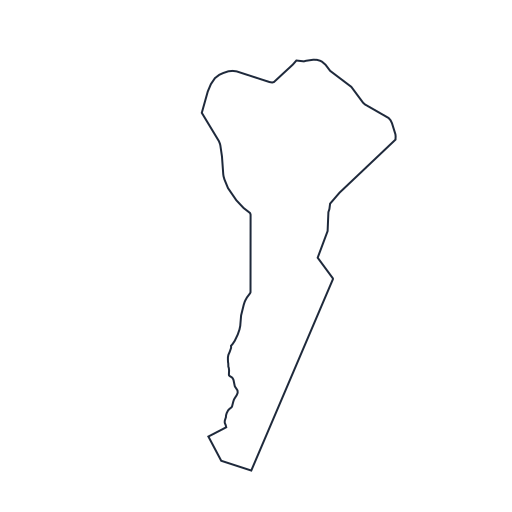 River Nile, Equal Earth projection, rotated 198°
{"feature_id": "SDN-877", "entity_name": "River Nile", "entity_type": "State", "adm_level": 1, "iso_a3": "SDN", "parent_name": "Sudan", "parent_adm1": "", "projection": "equal_earth", "projection_center": [33.548, 18.954], "detail": "fine", "context": "isolated", "style": "outline", "palette": "slate", "viewbox_px": 512, "rotation_deg": 198, "n_neighbors": 0, "source": "natural_earth", "source_scale": "10m", "svg_char_len": 1918}
<svg xmlns="http://www.w3.org/2000/svg" viewBox="0 0 512 512"><g transform="rotate(198 256 256)"><path d="M194.2,50.5L195.2,50.5L200.3,50.5L205.4,50.5L210.5,50.5L215.6,50.5L220.7,50.5L225.8,50.5L245.5,69.6L231.4,83.9L232.2,85.2L233.0,86.4L233.7,87.0L234.0,87.5L234.3,88.0L234.7,89.3L234.8,90.1L234.8,93.1L234.8,93.5L235.2,94.9L235.3,96.0L235.3,96.8L235.3,97.7L234.9,100.1L234.8,100.7L234.4,101.4L234.2,102.0L232.5,104.6L232.4,105.1L232.3,105.6L232.6,110.4L232.6,112.6L232.3,114.1L231.4,117.5L231.3,118.3L231.2,119.6L231.2,120.2L231.3,120.6L231.4,120.9L232.0,122.3L232.2,122.5L232.6,122.9L235.4,125.1L236.0,125.7L239.0,131.0L239.4,131.5L240.2,132.3L240.7,132.7L241.2,133.0L241.8,133.2L244.0,133.7L244.3,133.9L244.5,134.0L244.8,134.2L245.1,134.8L245.2,135.1L246.2,138.7L247.2,141.0L247.4,141.3L247.7,141.7L248.1,142.2L248.3,142.8L249.2,145.3L249.8,146.4L250.7,148.8L251.4,151.0L251.6,152.5L251.7,153.2L251.7,153.7L251.4,156.6L251.3,160.6L251.4,161.3L251.5,161.6L251.9,162.6L252.0,162.9L251.9,163.1L251.1,164.9L250.0,168.8L249.1,175.7L249.0,181.0L249.4,184.7L251.8,194.9L252.6,205.9L252.6,209.0L252.4,210.7L251.8,213.8L250.2,218.5L250.1,218.9L250.0,219.6L250.2,220.4L273.9,293.6L274.5,294.5L275.1,295.1L282.6,297.8L291.9,302.9L303.6,311.9L309.7,319.1L311.5,321.8L312.4,323.6L319.1,340.1L324.0,350.0L324.9,351.5L326.8,353.8L351.8,375.4L352.7,397.6L352.0,405.6L350.0,412.5L346.9,417.0L343.7,419.9L339.4,423.1L335.5,424.8L331.5,425.6L297.0,425.6L294.2,426.0L292.7,427.0L280.1,449.5L278.0,454.4L270.6,455.9L268.8,457.1L262.1,460.4L258.6,461.4L255.3,461.5L253.3,461.2L249.0,459.4L242.7,455.0L217.6,446.3L201.6,434.9L199.2,433.8L172.5,428.2L170.0,426.7L167.7,424.3L161.0,414.8L160.2,413.0L159.3,409.8L196.1,342.1L201.7,328.7L200.7,323.3L200.7,320.1L195.7,302.2L195.6,301.8L196.8,273.8L196.8,273.4L196.5,273.2L176.0,258.5L175.8,258.2L175.7,257.8L175.7,257.4L194.2,50.5Z" fill="none" stroke="#1e293b" stroke-width="2"/></g></svg>